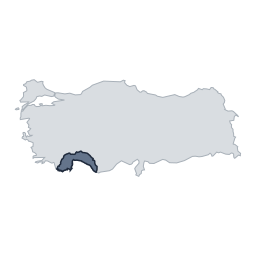 Antalya highlighted on a map of Turkey
{"feature_id": "TUR-2271", "entity_name": "Antalya", "entity_type": "Province", "adm_level": 1, "iso_a3": "TUR", "parent_name": "Turkey", "parent_adm1": "", "projection": "equal_earth", "projection_center": [30.734, 36.761], "detail": "fine", "context": "in_parent", "style": "filled", "palette": "slate", "viewbox_px": 256, "rotation_deg": 0, "n_neighbors": 0, "source": "natural_earth", "source_scale": "10m", "svg_char_len": 6192}
<svg xmlns="http://www.w3.org/2000/svg" viewBox="0 0 256 256"><path d="M198.5,88.4L202.2,89.7L203.3,88.7L206.6,88.9L209.6,89.6L211.1,87.5L213.2,87.7L213.7,88.8L214.7,89.2L217.9,91.9L217.5,92.2L218.4,93.2L221.0,93.9L221.4,95.2L223.5,97.3L224.8,100.5L224.3,102.7L223.2,104.1L225.2,108.9L224.7,109.5L228.0,111.1L232.0,110.8L233.4,111.5L237.5,115.3L238.6,116.8L235.8,115.0L234.3,116.6L233.8,120.3L229.6,121.0L230.4,123.4L231.6,124.6L231.4,126.9L231.7,127.8L233.0,129.3L233.0,131.4L233.6,133.6L233.7,136.3L235.6,137.1L234.8,138.3L233.2,143.7L233.3,144.2L234.7,144.3L237.8,146.8L237.3,147.6L237.9,151.1L240.6,153.4L240.3,154.5L240.4,155.7L238.5,155.1L234.9,158.2L234.4,158.2L233.8,157.1L233.6,154.0L232.6,153.2L231.4,153.0L229.4,154.4L227.5,154.3L225.6,154.1L220.4,152.1L218.6,152.8L216.7,152.1L213.1,155.9L212.0,156.2L211.3,154.3L210.0,153.2L208.4,154.7L202.0,156.5L199.0,156.8L195.4,156.2L192.4,156.4L184.4,160.6L176.7,162.9L169.6,162.7L165.7,160.1L162.7,159.4L153.9,163.5L149.5,163.3L148.0,161.7L144.6,161.0L143.9,162.6L143.3,166.4L144.5,169.9L142.6,170.1L141.5,170.9L141.2,173.6L139.5,174.6L138.9,176.2L138.6,176.3L135.8,174.9L136.5,173.6L134.7,168.7L135.5,167.2L139.0,163.2L138.9,160.9L137.3,159.3L132.8,162.2L132.4,163.3L131.3,164.2L129.6,164.6L121.4,160.8L116.6,164.1L112.6,169.0L109.5,170.7L100.4,172.1L98.8,173.0L95.7,172.0L93.8,170.7L89.6,165.2L81.6,161.0L73.2,160.0L72.5,161.1L72.2,165.3L70.8,169.4L70.1,169.8L68.3,168.8L61.8,171.1L56.3,168.5L55.4,167.4L54.1,162.7L53.3,162.4L52.4,163.0L51.5,163.0L47.6,161.0L45.4,160.8L44.1,162.8L42.0,163.6L42.0,163.1L42.8,161.8L39.5,162.0L37.7,163.0L35.3,162.4L35.5,161.9L37.4,161.2L41.9,160.5L44.7,157.4L34.2,157.6L33.1,158.3L33.0,156.7L33.6,155.9L36.4,155.3L36.2,154.0L34.6,152.6L32.7,151.8L31.9,148.5L31.0,147.6L31.1,147.2L32.9,146.6L33.2,144.1L33.0,142.6L29.6,141.3L28.9,141.4L28.0,140.1L26.6,139.2L25.4,140.0L22.0,138.0L22.7,136.5L23.5,136.6L23.7,135.5L23.0,133.6L23.1,132.6L23.9,132.4L24.7,132.5L25.6,133.7L25.6,135.8L26.5,137.1L27.2,135.8L28.7,136.5L31.5,135.8L32.1,135.3L30.0,135.3L29.3,134.8L27.7,131.3L29.4,130.3L30.7,128.6L28.4,127.4L28.9,125.0L26.9,122.3L29.6,118.9L29.5,118.4L28.7,118.2L20.3,119.6L20.2,118.1L20.9,116.7L20.9,113.4L21.3,111.6L22.8,111.1L24.8,108.4L27.9,105.3L31.1,105.4L32.3,104.5L34.2,104.5L34.8,105.7L36.4,106.6L39.4,106.4L40.8,105.6L39.4,104.1L41.1,103.6L42.4,104.0L41.7,105.6L42.1,105.8L45.9,105.3L49.8,105.7L54.2,105.5L54.8,105.0L51.7,103.3L53.7,101.8L54.8,101.6L64.0,100.2L64.0,99.9L58.4,99.1L55.5,97.2L54.7,96.1L55.3,93.5L56.0,92.9L58.0,92.8L64.9,93.9L69.8,93.2L75.2,94.9L80.3,94.6L81.4,93.8L82.6,91.4L89.9,87.3L92.4,85.2L103.6,81.1L120.4,81.8L123.4,80.2L125.1,80.7L124.6,81.8L124.7,82.8L126.8,85.2L129.8,86.6L134.0,85.4L135.5,85.9L137.1,89.8L139.8,92.1L141.0,92.2L142.5,90.9L144.0,90.7L146.5,92.1L147.4,93.4L155.6,95.0L157.3,96.2L162.8,97.4L174.8,94.6L179.2,96.5L183.0,97.1L184.6,96.8L189.3,94.6L190.8,93.3L193.8,92.3L197.5,89.8L198.5,88.4ZM43.0,81.6L42.7,83.3L43.4,85.2L45.0,87.8L46.7,89.2L54.9,92.7L53.7,96.1L51.7,96.6L44.7,95.0L41.8,96.4L39.7,96.0L36.9,96.6L36.0,98.7L34.0,101.0L28.3,103.9L23.0,109.6L21.5,110.3L22.3,108.4L22.2,106.6L24.5,104.7L27.7,103.1L28.6,101.9L20.6,102.1L19.9,100.4L20.7,100.0L23.3,96.9L23.6,95.7L23.4,92.6L26.6,90.9L26.9,90.1L26.4,87.1L23.5,85.4L23.6,84.5L25.7,83.7L26.9,81.7L30.0,81.2L31.5,80.2L34.2,79.7L37.5,82.3L41.5,81.3L43.0,81.6ZM18.9,109.4L16.2,109.8L15.4,109.4L16.2,108.5L18.3,107.8L19.0,108.7L18.9,109.4Z" fill="#d9dde1" stroke="#a8b0b8" stroke-width="1"/><path d="M96.2,172.1L95.7,172.1L94.6,171.4L94.4,171.3L94.3,171.1L94.1,171.0L93.9,170.9L93.7,170.8L93.1,170.0L93.0,169.9L92.8,169.8L92.7,169.7L92.7,169.2L92.3,168.6L91.6,168.0L91.5,167.5L91.5,167.4L91.4,167.3L91.3,167.1L91.1,166.8L90.9,166.7L90.7,166.2L90.4,165.8L89.6,165.1L89.4,165.0L89.2,165.0L89.1,164.9L88.9,164.8L88.5,164.8L88.2,164.8L88.1,164.6L87.7,164.3L87.3,164.3L87.1,164.3L87.0,164.2L86.6,164.0L86.3,163.7L86.2,163.5L85.8,163.5L84.9,163.1L84.7,162.9L84.5,162.7L82.3,161.6L81.9,161.5L81.9,161.2L81.5,160.9L76.7,160.1L74.8,160.3L74.4,160.2L74.2,160.0L73.7,159.6L73.0,160.1L72.7,160.4L72.5,160.9L72.4,161.2L72.3,161.3L72.3,161.8L72.3,162.3L72.3,162.6L72.4,162.8L72.3,163.1L72.2,163.2L72.2,163.3L72.2,163.6L72.2,163.9L72.3,164.0L72.4,164.3L72.5,164.2L72.5,164.6L72.3,165.1L72.3,165.3L71.9,165.7L71.7,165.9L71.6,166.5L71.3,166.9L71.3,167.0L71.2,167.3L71.2,167.6L71.3,167.8L71.5,167.9L71.4,168.1L71.7,168.2L71.6,168.5L71.2,168.8L71.1,169.1L71.3,169.1L71.2,169.2L71.1,169.3L70.9,169.5L70.8,169.8L70.6,170.0L70.3,170.4L70.3,169.7L70.3,169.4L70.1,169.3L69.8,169.4L68.6,168.8L68.3,168.7L67.4,168.9L67.3,169.0L67.3,169.3L67.3,169.6L67.2,169.6L67.1,169.3L67.0,169.6L66.9,169.6L66.9,169.8L66.4,169.7L66.2,169.6L65.4,170.2L65.2,170.2L64.9,170.2L64.6,170.2L64.3,170.4L64.1,170.5L63.7,170.6L63.6,170.8L63.2,170.9L63.2,171.0L63.4,171.0L63.1,171.3L62.9,171.4L62.7,171.5L62.7,171.3L62.8,171.3L62.8,171.2L62.7,171.1L62.3,171.0L62.2,171.0L62.0,171.3L61.8,171.3L61.6,171.7L61.6,171.3L61.2,171.1L61.1,170.8L61.3,170.8L61.3,170.7L61.2,170.6L60.6,170.7L60.8,170.5L61.1,170.5L60.8,170.3L59.8,170.4L59.5,170.3L58.8,169.8L58.6,170.0L58.6,169.8L58.5,169.4L58.5,169.5L58.4,169.5L58.4,169.4L58.2,169.5L57.9,169.8L57.7,169.9L57.6,169.7L56.7,169.0L57.1,168.8L57.3,168.5L57.4,168.1L57.4,167.9L57.4,167.7L57.5,167.5L57.6,167.2L58.0,166.3L58.7,166.0L59.1,166.2L59.3,166.0L59.3,165.6L59.4,165.2L59.9,164.6L60.5,164.2L60.7,163.3L60.6,162.3L61.9,159.2L62.2,159.2L62.5,159.0L62.8,158.6L63.2,158.2L63.6,157.3L63.8,156.1L64.5,155.2L66.6,154.0L67.3,153.9L69.1,153.1L69.8,153.2L70.5,154.2L70.8,154.3L72.4,154.2L73.5,154.3L74.4,154.3L74.9,154.2L75.6,153.4L75.8,152.7L76.7,151.9L77.7,152.4L78.9,152.0L79.6,151.8L80.1,151.4L80.7,151.2L81.3,151.3L81.6,151.6L81.9,152.0L82.3,152.3L82.8,152.6L84.0,152.6L87.1,153.2L88.1,153.9L88.8,154.6L89.7,155.3L90.3,155.9L90.8,156.7L91.1,157.0L91.5,157.3L92.3,158.1L92.7,158.3L93.1,158.5L93.2,159.0L92.9,159.3L92.7,159.8L92.9,160.2L93.4,160.4L94.0,160.4L94.4,160.5L94.6,160.9L94.8,161.9L94.7,163.0L95.1,164.1L95.6,165.2L96.0,165.6L96.4,165.9L96.8,166.2L97.1,166.7L97.0,167.6L97.0,169.4L96.9,170.1L96.7,170.5L96.5,170.9L96.5,171.3L96.4,171.7L96.2,172.0L96.2,172.1Z" fill="#64748b" stroke="#1e293b" stroke-width="1.5"/></svg>